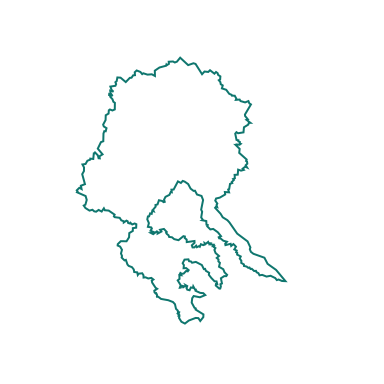 outline of Valparaíso, Zacatecas, Mexico, rotated 306°
{"feature_id": "50627088B82719227645546", "entity_name": "Valparaíso", "entity_type": "district", "adm_level": 2, "iso_a3": "MEX", "parent_name": "Mexico", "parent_adm1": "Zacatecas", "projection": "equal_earth", "projection_center": [-103.872, 22.665], "detail": "fine", "context": "isolated", "style": "outline", "palette": "teal", "viewbox_px": 384, "rotation_deg": 306, "n_neighbors": 0, "source": "geoboundaries", "source_scale": "gbopen_adm2", "svg_char_len": 6007}
<svg xmlns="http://www.w3.org/2000/svg" viewBox="0 0 384 384"><g transform="rotate(306 192 192)"><path d="M82.5,255.5L80.8,259.7L81.4,263.6L86.2,265.0L92.3,269.0L93.7,271.3L92.5,274.5L97.4,274.7L99.7,273.2L99.0,264.0L100.0,263.5L99.8,262.0L102.3,256.8L106.2,254.6L108.8,254.5L111.5,260.3L116.4,263.3L116.8,260.6L115.2,257.9L114.2,253.0L115.2,252.5L114.8,251.9L116.4,248.5L115.0,249.1L114.1,247.2L111.1,247.8L110.2,245.6L111.0,244.1L113.1,243.4L112.9,241.7L112.7,242.1L112.1,242.5L110.7,240.2L109.3,241.6L110.4,239.4L110.0,238.7L108.0,239.1L107.4,238.4L109.9,237.7L112.1,232.4L114.4,233.0L117.3,230.6L118.2,232.0L118.5,230.4L119.7,230.2L119.8,231.9L121.1,233.2L124.7,233.7L125.3,235.2L126.8,235.2L127.0,232.0L125.4,230.0L128.1,228.4L128.9,226.3L132.9,225.7L135.4,228.7L134.3,230.3L135.2,232.0L134.8,233.6L137.7,236.2L138.7,242.9L136.6,246.9L137.5,247.8L136.4,249.5L136.7,253.4L134.9,254.3L133.8,258.2L133.0,262.7L134.1,264.4L132.3,266.6L131.6,265.5L130.3,266.2L129.9,270.9L130.5,271.6L132.5,270.9L134.1,269.2L135.6,270.0L139.2,266.1L142.9,267.5L144.1,269.2L145.6,269.1L146.1,265.6L147.9,262.7L147.4,257.8L151.1,256.2L151.4,254.1L153.0,253.1L153.2,250.8L156.1,251.5L156.5,246.9L158.3,244.2L160.4,243.9L160.3,242.1L161.3,241.8L160.5,240.7L162.1,240.5L160.1,237.2L161.4,237.2L160.4,235.5L161.1,234.4L158.1,233.6L158.1,232.1L156.9,233.2L155.6,232.3L155.0,229.9L152.3,230.5L152.3,229.5L150.2,228.4L151.0,226.9L148.6,226.5L147.5,225.0L148.8,223.2L152.4,223.9L153.8,222.8L148.4,217.2L150.4,215.6L150.5,213.2L151.8,212.4L151.2,211.0L145.1,209.4L143.4,205.3L143.6,202.4L142.2,199.9L143.2,198.5L143.3,196.2L143.8,195.0L144.8,195.1L145.6,191.0L142.7,188.4L142.0,190.5L138.1,188.6L139.6,187.6L139.5,186.7L135.1,185.4L134.7,182.7L137.2,185.0L136.3,181.2L138.8,181.0L139.4,179.9L137.9,176.8L141.5,175.4L143.6,171.9L146.3,170.7L147.1,171.6L150.1,170.7L150.6,172.2L153.5,170.9L153.9,172.3L154.7,170.9L158.8,171.2L160.0,170.1L161.7,171.4L165.9,170.1L167.2,173.1L167.1,175.0L168.0,175.7L169.4,173.9L172.5,173.4L176.4,175.4L179.5,174.8L179.9,175.8L181.8,174.0L183.2,175.7L192.3,174.4L192.8,177.7L195.5,178.0L196.1,180.0L196.2,184.2L193.9,188.9L193.8,192.6L194.8,193.7L192.9,197.5L194.4,202.0L192.0,205.7L183.1,209.8L182.0,211.8L176.8,214.4L175.8,217.3L175.2,217.0L176.9,220.6L174.1,222.9L174.5,224.2L173.2,224.5L172.5,228.8L174.6,230.9L174.6,236.6L173.3,241.4L171.1,240.2L170.5,241.2L171.2,242.4L171.0,246.0L172.3,249.5L169.6,249.3L168.7,250.3L172.8,253.7L171.4,255.4L174.2,256.1L174.0,257.6L173.6,259.7L170.4,260.0L170.9,262.6L169.2,263.1L169.4,264.3L167.9,265.3L168.5,269.3L166.2,269.8L165.4,272.3L163.6,273.5L163.9,276.6L162.7,277.5L163.8,280.0L163.7,282.1L164.7,282.9L164.1,284.6L165.0,285.5L164.6,288.7L165.8,290.1L165.0,291.4L165.4,293.4L164.3,295.6L166.2,297.5L167.4,302.0L170.4,304.8L171.3,309.9L170.6,312.4L172.1,313.5L172.9,317.1L174.8,320.0L178.4,305.8L178.3,295.4L181.4,289.2L178.1,278.0L178.2,274.8L179.7,272.4L181.5,271.8L184.7,266.0L184.9,253.0L189.4,240.1L190.0,237.2L189.6,231.7L191.2,227.9L192.8,220.0L194.5,220.1L194.7,221.1L195.9,219.5L197.5,219.3L198.7,215.9L200.9,215.3L203.8,217.8L209.5,220.3L211.3,218.6L213.5,222.2L215.3,219.8L216.3,220.3L220.9,218.0L222.9,219.3L223.4,218.3L226.3,218.8L226.7,217.6L228.3,218.6L230.9,216.4L232.9,218.8L237.2,216.2L238.1,219.1L240.3,220.9L240.6,219.3L243.8,220.2L244.2,222.1L245.2,219.7L247.4,220.1L249.0,218.6L248.9,217.5L250.4,217.1L251.4,207.2L254.9,205.2L255.7,199.8L256.5,201.1L256.1,199.2L258.2,202.7L259.6,203.1L259.4,202.1L260.6,201.3L260.2,199.7L261.1,199.1L260.3,197.4L264.6,192.7L266.5,192.8L266.6,194.7L270.5,198.6L274.9,196.0L279.6,197.9L281.3,197.3L282.3,198.6L282.4,193.7L283.6,194.5L284.7,190.3L285.8,189.3L297.5,188.2L297.4,186.3L298.7,184.2L295.7,182.3L294.1,177.8L294.8,176.2L292.3,173.3L293.6,173.0L295.0,170.0L293.4,167.6L293.9,166.9L293.3,164.4L294.8,159.6L293.4,155.3L296.3,154.2L296.1,151.9L297.6,150.3L298.2,148.0L299.6,148.6L302.2,147.0L302.1,144.3L303.2,142.9L303.2,140.9L300.9,140.6L301.1,135.0L298.7,134.6L296.8,131.3L293.2,130.9L297.7,119.6L297.0,117.5L292.4,114.3L293.7,103.5L288.6,103.2L286.7,102.0L286.4,99.9L283.7,96.6L282.1,98.0L279.8,97.1L280.0,96.4L278.9,96.8L273.6,92.5L268.3,90.6L264.1,93.8L263.6,90.3L260.8,87.0L259.4,82.8L258.1,82.4L258.8,79.7L257.8,75.8L255.2,75.3L253.0,77.2L251.8,75.8L248.9,75.9L247.8,74.6L242.0,73.8L242.5,67.0L240.8,64.3L237.4,65.9L235.8,65.5L234.7,67.2L232.9,67.6L229.3,64.0L227.3,67.0L227.0,69.5L225.9,66.3L224.2,67.8L223.0,71.3L222.5,67.5L221.8,67.9L222.5,69.1L221.0,69.8L220.3,73.2L218.8,75.3L218.8,77.2L213.4,81.0L211.2,79.7L210.5,77.1L209.2,76.7L206.4,78.4L203.4,77.1L199.4,79.8L194.3,80.5L193.2,82.1L193.4,85.3L190.4,86.5L189.7,85.3L187.3,86.0L180.9,90.4L178.8,89.0L171.7,90.3L169.9,97.5L166.4,96.1L165.0,97.6L164.4,96.6L166.3,94.3L167.0,90.3L165.3,90.3L166.3,89.4L160.7,92.7L159.2,90.1L158.3,90.6L155.8,89.0L152.1,89.4L149.9,87.2L148.4,90.2L145.4,92.3L141.9,92.7L135.4,100.8L131.8,98.4L129.5,100.9L129.2,98.4L125.6,97.8L125.2,99.1L124.2,99.1L126.2,108.3L123.7,111.5L119.1,113.2L117.4,112.4L116.4,115.2L116.7,120.0L119.1,121.9L118.9,124.3L119.7,126.0L122.6,127.0L123.1,130.4L127.0,130.3L126.0,132.2L128.0,135.5L128.2,142.7L126.4,143.1L126.2,144.2L128.6,148.7L127.5,151.5L128.2,153.9L127.2,154.7L130.3,155.8L130.5,157.1L129.4,158.6L130.0,160.3L130.9,160.2L130.6,162.7L132.8,164.1L133.2,165.9L130.3,167.8L128.0,165.4L125.7,167.0L121.9,165.4L118.4,167.7L113.7,168.0L110.3,163.3L106.2,162.6L105.0,163.3L105.6,165.9L104.1,169.3L100.5,170.7L99.1,173.0L97.6,173.6L97.0,177.6L98.2,178.4L95.4,182.4L95.0,184.2L95.9,187.6L95.1,190.4L93.3,192.3L94.8,194.9L93.0,196.9L94.6,196.9L97.0,199.5L96.1,201.7L94.3,203.1L95.7,204.6L96.3,207.4L98.6,209.6L98.5,212.2L96.7,211.5L95.3,213.0L93.1,218.9L93.2,220.7L90.0,219.5L88.9,220.5L88.5,222.2L89.1,222.5L88.4,223.9L87.0,225.2L86.1,224.7L87.4,226.1L87.3,229.8L90.5,236.4L91.8,241.3L91.2,244.2L88.1,247.7L87.7,250.2L86.8,251.0L87.2,252.3L85.4,252.8L85.4,251.8L85.2,251.8L85.1,253.8L83.9,253.9L84.2,254.8L82.5,255.5Z" fill="none" stroke="#0f766e" stroke-width="2"/></g></svg>